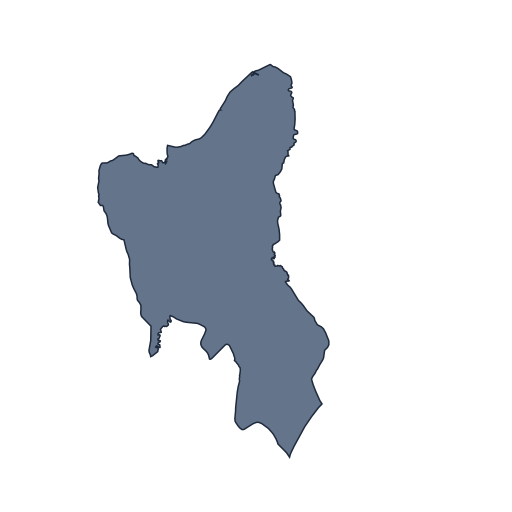 the district of Stoung, Kâmpóng Thum, Cambodia, rotated 138°
{"feature_id": "14789045B61102121423301", "entity_name": "Stoung", "entity_type": "district", "adm_level": 2, "iso_a3": "KHM", "parent_name": "Cambodia", "parent_adm1": "Kâmpóng Thum", "projection": "orthographic", "projection_center": [104.491, 12.979], "detail": "fine", "context": "isolated", "style": "filled", "palette": "slate", "viewbox_px": 512, "rotation_deg": 138, "n_neighbors": 0, "source": "geoboundaries", "source_scale": "gbopen_adm2", "svg_char_len": 6163}
<svg xmlns="http://www.w3.org/2000/svg" viewBox="0 0 512 512"><g transform="rotate(138 256 256)"><path d="M401.6,251.7L399.6,251.1L393.0,250.7L391.6,251.9L391.0,252.1L390.6,252.8L390.4,253.6L390.8,254.4L391.4,254.9L391.5,255.5L390.6,255.7L390.0,255.7L389.7,255.2L389.4,253.9L389.6,253.1L388.6,252.3L388.2,252.5L386.9,254.6L387.8,256.0L387.7,256.4L386.3,257.1L385.0,256.4L384.1,256.7L383.9,257.0L384.4,258.2L385.1,258.6L384.9,259.6L384.5,260.0L383.2,259.7L380.8,260.8L380.3,261.3L380.4,262.0L381.6,262.7L381.1,263.6L380.5,263.9L379.8,264.0L377.5,262.7L376.6,264.2L376.0,265.5L372.6,266.0L371.3,265.7L371.1,264.7L370.1,264.2L369.5,263.4L367.2,263.4L366.5,264.3L366.1,265.9L364.8,267.2L364.3,267.3L364.0,264.2L363.1,264.0L362.2,264.9L362.2,266.2L361.6,267.4L359.9,269.1L359.6,269.1L358.1,266.0L357.2,262.5L354.0,255.9L352.3,253.6L344.6,245.1L343.4,242.6L341.6,237.6L342.0,235.6L342.3,234.9L343.1,234.2L346.6,232.4L353.1,229.8L354.9,228.7L356.3,227.0L357.1,224.5L357.1,222.5L356.8,219.2L356.9,216.4L357.5,214.3L359.5,210.5L359.3,210.0L358.4,209.6L356.7,209.5L338.7,210.5L337.5,210.4L336.3,209.5L335.6,207.4L338.3,198.1L338.7,197.6L340.2,194.0L342.0,192.7L341.7,190.8L341.9,189.9L342.0,186.9L342.6,185.1L342.5,183.8L343.9,181.8L346.4,179.5L348.3,178.1L349.3,176.8L350.5,176.0L352.1,173.8L356.3,171.1L361.0,167.4L372.6,156.9L374.9,154.5L380.7,149.1L382.1,147.1L382.5,145.4L383.0,141.9L383.1,139.3L382.7,136.7L381.9,135.7L380.7,135.1L370.7,133.4L367.7,132.4L366.5,131.7L365.4,130.7L363.9,127.8L362.2,119.8L362.2,114.0L362.4,111.7L363.5,106.7L364.6,103.5L365.5,101.6L365.0,90.9L365.0,89.0L365.7,84.0L363.5,85.5L361.2,86.6L355.1,89.1L333.8,96.6L322.4,99.4L311.1,101.5L305.9,101.9L305.3,105.8L302.0,116.0L299.7,122.0L297.3,127.0L296.3,127.8L294.5,128.5L290.8,129.3L287.3,130.7L286.0,130.8L281.3,132.6L275.8,134.2L273.8,135.2L268.1,140.0L264.1,140.2L261.4,141.2L259.4,143.3L258.6,144.4L255.7,152.2L254.6,156.6L254.8,159.5L256.4,163.8L256.3,164.4L255.4,168.9L254.4,170.4L254.0,171.8L254.8,181.2L254.0,187.8L253.9,191.5L254.2,194.5L251.7,207.8L251.5,209.8L251.9,212.8L251.5,216.9L251.4,217.2L250.7,217.2L248.3,215.4L247.9,215.4L247.8,215.8L248.2,217.3L247.9,217.6L246.6,217.8L245.0,219.4L244.8,220.2L245.2,220.5L244.9,220.7L244.7,222.1L244.3,222.3L243.9,223.6L244.2,224.8L244.6,225.1L244.4,225.8L244.8,226.9L244.2,227.7L244.4,228.8L243.7,230.5L244.1,231.2L244.1,232.4L244.5,232.7L245.3,232.8L245.6,233.6L246.3,234.5L247.0,234.4L248.7,235.7L248.1,236.6L248.7,237.6L248.2,238.0L247.8,238.8L247.4,238.7L247.0,239.3L247.2,240.1L246.5,240.4L246.7,241.2L246.4,241.8L247.0,242.4L246.8,243.3L245.5,243.9L245.1,243.8L244.9,242.6L244.1,241.9L243.7,242.5L243.7,243.4L243.4,243.4L242.5,242.6L242.4,242.9L241.3,243.6L241.5,244.5L241.3,245.0L240.1,245.4L239.9,245.8L240.1,246.2L239.8,246.7L240.4,246.9L240.5,247.3L240.3,248.3L239.5,249.7L239.5,250.2L238.1,251.1L237.3,252.4L236.4,252.4L235.9,252.9L235.4,253.0L234.0,252.5L229.8,251.9L227.8,252.0L224.2,256.0L220.8,260.7L217.7,266.2L216.3,267.9L213.4,269.8L211.0,269.3L210.5,269.5L207.8,273.1L204.9,275.2L204.1,276.8L203.6,277.2L203.5,278.6L203.1,279.2L202.3,279.9L200.5,280.2L199.5,282.0L199.0,283.5L199.1,284.5L197.9,285.4L197.4,286.9L198.1,287.9L198.6,289.2L198.5,290.2L194.5,298.3L193.0,300.0L191.0,300.7L188.0,302.7L187.4,302.7L185.2,301.7L181.6,302.3L179.6,303.0L178.6,303.4L174.6,307.0L174.2,307.1L173.2,306.6L170.6,308.6L168.1,309.7L166.7,309.8L164.7,308.5L164.4,308.9L164.3,310.0L162.4,312.1L162.1,313.1L159.4,312.5L158.2,313.8L157.6,313.7L156.7,313.0L155.6,313.3L153.9,313.0L153.3,313.1L152.9,314.0L152.2,314.4L150.6,314.1L149.7,314.2L149.3,314.4L148.9,315.2L148.8,316.0L149.6,317.3L149.8,318.1L149.5,318.8L147.3,320.5L146.5,320.7L144.3,319.5L143.3,319.2L142.7,319.5L142.0,320.5L141.7,321.3L142.9,324.0L142.8,324.9L139.2,327.8L135.5,331.4L130.6,337.1L130.3,337.4L130.4,337.8L129.3,339.2L129.2,341.3L128.9,341.9L127.3,343.0L125.0,346.8L124.5,347.4L123.0,348.0L122.5,348.7L123.0,350.2L122.9,352.0L122.4,352.5L120.3,353.3L119.8,353.9L119.8,355.0L121.0,356.5L121.1,357.6L120.7,358.0L119.5,358.2L117.0,357.0L116.4,357.0L116.1,357.5L116.0,359.0L115.7,359.4L113.6,360.4L111.8,363.1L110.4,366.2L111.7,371.1L112.9,373.6L114.2,380.8L115.2,383.5L116.6,385.4L117.1,388.5L117.8,389.0L130.1,392.5L132.3,393.8L133.5,394.1L135.0,393.4L134.1,392.3L132.7,388.7L133.3,389.2L134.5,392.0L135.1,392.6L137.1,392.4L137.5,392.9L138.6,392.9L138.5,393.3L137.5,393.4L136.8,392.8L135.7,393.4L134.9,394.5L134.9,395.0L136.5,395.3L150.1,395.0L155.1,394.6L160.4,395.1L165.5,395.2L170.6,393.8L174.9,391.9L183.9,389.4L184.8,388.7L184.6,388.2L185.7,388.8L186.6,388.7L198.7,384.1L204.1,382.5L212.6,380.7L217.9,380.5L220.1,381.1L223.0,382.7L224.9,383.4L227.5,383.9L230.1,383.9L232.0,384.9L234.8,385.8L235.5,386.5L239.0,387.8L241.9,389.7L243.1,390.8L247.7,397.4L250.1,395.5L253.4,391.7L255.0,388.8L255.8,388.4L256.9,388.3L257.5,387.6L257.7,388.2L259.1,388.1L259.5,387.7L259.5,387.2L260.6,387.0L260.5,386.4L259.6,386.5L259.2,386.5L259.0,386.1L259.2,385.8L260.3,385.8L261.1,385.1L261.5,385.1L261.3,385.9L261.4,386.5L261.9,387.1L262.7,387.4L262.9,387.9L262.4,390.0L263.3,390.7L264.6,392.5L265.0,392.5L265.4,392.0L265.7,390.6L266.2,390.3L267.1,390.7L267.6,390.4L267.8,389.1L269.3,387.7L269.6,387.7L270.5,388.5L270.9,389.3L272.1,390.5L272.0,391.0L272.6,393.7L274.8,395.9L276.1,398.9L277.2,399.7L277.9,401.4L278.5,403.7L278.6,406.1L278.2,407.8L278.8,410.9L279.5,412.3L278.6,414.1L279.3,415.3L282.5,416.5L284.8,417.7L291.0,422.2L297.5,422.8L298.9,423.1L300.3,423.9L304.2,424.7L308.1,428.0L309.3,428.0L311.2,427.3L315.5,424.6L317.9,421.8L321.0,419.1L322.5,416.8L327.8,412.9L331.1,408.0L331.5,406.5L332.7,406.1L334.3,403.7L337.3,401.5L337.8,397.6L336.3,396.4L336.2,395.2L338.7,391.2L339.1,387.7L339.7,386.0L340.6,384.2L344.4,379.0L345.3,377.1L347.8,369.8L347.5,368.0L346.3,365.1L345.2,359.7L344.6,358.2L343.3,356.4L348.2,347.5L349.2,345.2L349.8,343.0L352.3,337.9L355.5,334.6L358.2,331.0L363.8,324.2L367.3,317.4L368.5,314.0L370.0,308.2L371.3,305.7L373.0,303.7L373.7,302.3L373.8,299.7L374.5,296.4L377.8,292.7L379.3,291.4L380.6,289.7L381.5,287.7L381.0,274.1L390.6,263.8L398.8,257.4L399.9,255.6L400.7,253.1L401.6,251.7Z" fill="#64748b" stroke="#1e293b" stroke-width="1.5"/></g></svg>